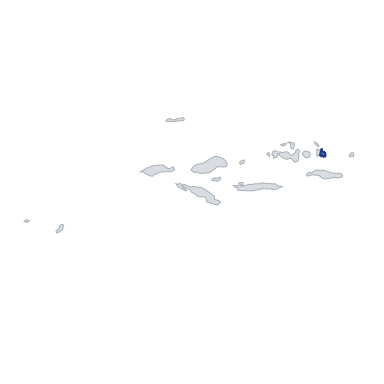 North Vella la Vella, Western, Solomon Islands (highlighted), rotated 145°
{"feature_id": "97153195B19966779892851", "entity_name": "North Vella la Vella", "entity_type": "district", "adm_level": 2, "iso_a3": "SLB", "parent_name": "Solomon Islands", "parent_adm1": "Western", "projection": "orthographic", "projection_center": [156.59, -7.704], "detail": "fine", "context": "in_parent", "style": "filled", "palette": "blue", "viewbox_px": 384, "rotation_deg": 145, "n_neighbors": 0, "source": "geoboundaries", "source_scale": "gbopen_adm2", "svg_char_len": 6244}
<svg xmlns="http://www.w3.org/2000/svg" viewBox="0 0 384 384"><g transform="rotate(145 192 192)"><path d="M150.7,193.6L156.8,198.2L159.4,197.8L167.4,197.9L172.1,201.2L174.9,202.7L176.4,205.6L178.4,206.3L179.5,207.8L180.2,210.5L177.2,211.9L175.4,212.3L170.8,211.3L166.4,209.2L157.6,208.8L153.5,208.2L152.0,207.4L150.7,206.4L148.7,203.8L147.1,200.9L146.8,199.1L146.7,195.8L147.3,194.6L148.9,193.5L150.7,193.6ZM178.7,166.8L185.5,175.3L185.3,176.8L184.3,177.7L184.0,180.5L184.9,181.6L186.7,182.1L189.9,185.2L191.2,190.0L192.5,191.7L192.5,195.2L195.5,200.1L195.7,202.5L195.4,203.5L194.2,202.9L190.6,197.3L186.5,194.9L186.1,193.9L181.9,190.6L179.2,185.1L176.2,175.4L177.7,173.2L174.3,168.4L174.5,167.2L176.9,167.4L177.4,166.9L178.7,166.8ZM153.7,170.8L154.5,173.5L150.8,171.1L148.0,168.2L139.9,165.0L138.2,163.4L136.7,163.2L132.6,160.5L128.5,158.7L125.4,155.5L123.9,155.0L121.4,152.4L118.9,150.8L118.0,147.7L115.6,145.6L115.0,144.7L122.8,146.4L126.3,149.8L129.4,151.7L130.4,153.0L133.2,154.9L135.6,155.1L138.1,157.0L140.4,157.5L142.1,158.5L153.5,167.0L152.1,169.2L153.7,170.8ZM204.7,225.5L208.2,227.2L210.2,226.9L213.2,228.1L215.5,227.5L216.9,229.0L220.3,234.8L220.3,236.6L222.7,238.0L220.7,238.2L217.9,237.5L215.8,237.9L213.6,236.8L209.8,236.2L206.6,234.8L199.8,230.5L199.8,228.4L198.7,227.3L198.4,224.7L196.0,223.8L193.1,223.6L192.9,222.4L193.5,220.2L195.6,220.3L198.2,221.2L204.7,225.5ZM88.0,138.6L88.8,139.6L86.7,141.3L83.8,140.3L83.1,138.9L81.2,139.2L77.2,138.4L71.7,134.3L65.9,126.7L60.2,122.5L59.2,121.2L59.1,119.1L59.8,118.2L63.3,119.1L67.8,122.6L75.2,126.2L77.2,128.1L78.5,132.5L79.8,133.8L83.7,137.2L88.0,138.6ZM95.6,164.3L97.4,166.6L99.4,171.7L99.0,173.5L97.5,173.6L97.1,174.7L95.2,172.2L92.6,171.5L90.7,170.0L89.9,165.1L88.4,164.7L84.1,165.2L82.8,166.8L80.8,166.3L80.4,164.8L80.7,163.4L83.3,162.0L83.8,160.2L86.4,157.0L88.0,156.5L91.0,157.6L91.4,162.1L92.5,163.6L95.6,164.3ZM172.7,264.8L170.8,265.8L169.1,265.3L167.7,264.5L166.7,262.4L164.4,261.0L161.0,260.4L159.3,259.0L157.1,258.6L156.4,257.4L156.6,256.2L157.0,255.5L159.1,256.1L169.3,261.9L172.7,264.8ZM65.6,155.2L65.1,155.6L64.2,154.1L63.5,153.6L63.5,151.9L60.7,149.2L60.5,147.3L62.1,145.4L64.3,146.5L66.5,148.8L69.0,149.6L68.5,151.2L66.2,154.0L65.6,155.2ZM79.7,159.7L78.5,160.9L75.5,160.7L73.2,157.8L73.2,155.7L75.0,153.7L77.2,153.4L78.4,154.1L79.5,155.8L79.9,157.9L79.7,159.7ZM105.2,176.8L102.4,179.0L100.4,178.2L98.8,176.3L99.6,173.4L101.3,172.8L102.1,171.8L105.1,172.6L105.9,173.2L104.1,174.6L105.0,175.7L105.2,176.8ZM325.8,238.0L321.3,238.5L319.5,240.5L317.2,240.2L316.4,238.6L316.4,237.8L317.7,237.9L318.4,236.3L319.8,235.5L322.9,235.2L326.6,236.2L325.7,237.7L325.8,238.0ZM200.4,204.0L200.5,208.1L198.5,205.8L197.5,206.6L196.6,205.5L196.9,200.8L195.5,196.3L196.6,196.7L200.4,204.0ZM85.1,177.5L85.1,177.9L83.6,177.2L80.2,173.3L80.8,172.1L83.9,169.6L84.9,169.3L85.8,170.8L85.0,173.1L84.0,173.6L83.6,175.8L85.1,177.5ZM162.4,185.9L164.8,186.2L169.0,190.0L168.0,191.2L166.0,190.5L165.3,190.8L164.7,189.5L162.6,188.4L160.6,188.3L160.4,186.9L162.4,185.9ZM135.2,189.3L131.9,188.9L130.9,187.9L132.1,186.5L133.5,185.6L134.8,186.4L136.3,186.7L136.4,188.5L135.2,189.3ZM41.9,132.0L39.1,132.7L37.4,131.8L38.2,129.6L39.1,128.5L42.6,130.5L41.9,132.0ZM149.2,172.0L147.8,172.4L145.9,171.4L145.0,170.4L145.4,168.9L146.6,168.4L147.9,169.4L148.0,170.4L149.2,172.0ZM346.6,264.0L344.2,264.4L343.2,264.3L341.7,261.8L342.9,261.3L344.7,261.5L345.2,263.0L346.6,264.0ZM92.3,178.8L92.2,179.8L90.6,179.5L87.1,178.0L86.9,177.3L89.0,177.1L90.4,177.3L92.3,178.8ZM63.5,160.1L62.9,162.9L61.5,159.5L61.8,156.6L62.4,156.3L63.5,160.1ZM109.2,180.0L107.1,180.8L106.5,179.6L108.0,176.6L109.2,180.0Z" fill="#d9dde1" stroke="#a8b0b8" stroke-width="1"/><path d="M66.2,149.1L66.1,148.9L66.0,148.7L65.9,148.7L65.7,148.7L65.8,148.6L65.8,148.4L65.7,148.4L65.4,148.4L65.2,148.3L65.3,148.2L65.2,148.2L65.3,148.1L65.2,148.1L65.3,148.0L65.5,148.0L65.4,147.9L65.2,147.9L65.3,147.8L65.4,147.7L65.2,147.6L65.1,147.4L65.2,147.2L64.9,147.1L64.7,147.2L64.7,146.9L64.8,146.8L64.7,146.8L64.8,146.8L64.8,146.7L64.7,146.7L64.4,146.7L64.2,146.6L64.2,146.4L64.1,146.5L64.1,146.3L64.1,146.2L64.0,145.9L64.0,146.0L63.9,146.0L63.9,145.9L63.8,146.0L63.8,145.9L63.8,145.7L63.8,145.8L63.8,145.7L63.7,145.7L63.7,145.8L63.6,145.7L63.8,145.4L63.7,145.4L63.5,145.2L63.5,145.3L63.5,145.5L63.4,145.4L63.5,145.3L63.4,145.2L63.4,145.3L63.4,145.5L63.5,145.8L63.4,145.8L63.4,145.7L63.3,145.4L63.2,145.5L63.2,145.4L63.3,145.3L63.3,145.2L63.2,145.1L63.1,145.3L63.1,145.2L63.1,145.3L63.1,145.2L62.9,145.2L63.0,145.2L63.0,145.3L62.8,145.3L62.8,145.2L62.7,145.2L62.7,145.3L62.5,145.2L62.5,145.3L62.4,145.3L62.5,145.4L62.4,145.4L62.3,145.5L62.2,145.4L62.1,145.5L62.1,145.4L62.0,145.5L61.9,145.6L62.0,145.7L62.0,145.8L61.9,145.8L61.8,145.7L61.7,145.6L61.7,145.8L61.7,145.7L61.6,145.8L61.6,145.7L61.6,145.9L61.5,146.0L61.4,146.0L61.3,145.9L61.2,145.9L61.1,146.1L61.1,146.3L61.0,146.2L60.9,146.3L60.8,146.5L60.7,146.5L60.5,146.9L60.5,147.0L60.4,147.3L60.5,147.3L60.4,147.4L60.4,147.6L60.5,147.7L60.5,147.8L60.5,148.0L60.6,148.3L60.4,148.3L60.5,148.3L60.4,148.4L60.4,148.5L60.5,148.5L60.6,148.8L60.6,149.0L60.8,149.2L61.3,148.9L61.4,149.0L61.4,149.3L61.4,149.2L61.4,149.3L61.3,149.5L61.3,149.8L61.6,150.1L61.8,150.2L61.8,150.3L62.0,150.4L62.3,150.4L62.2,150.3L62.2,150.2L62.3,150.2L62.4,150.3L62.5,150.3L62.7,150.2L62.7,150.3L62.5,150.6L62.5,150.8L62.5,151.0L62.4,151.1L62.5,151.1L62.7,150.9L62.7,151.0L62.9,151.2L63.0,151.1L63.0,151.3L63.1,151.2L63.2,151.3L63.3,151.5L66.2,149.1ZM62.2,152.5L62.2,152.3L62.0,152.2L62.0,151.9L61.9,151.9L61.7,151.8L61.8,151.8L61.7,151.8L61.6,151.7L61.6,151.8L61.5,151.7L61.5,151.8L61.4,151.8L61.5,151.7L61.3,151.6L61.2,151.7L61.1,151.9L61.0,152.0L60.9,152.2L60.7,152.4L60.7,152.5L61.0,153.0L61.3,153.0L61.7,153.1L62.0,152.9L62.1,152.7L62.2,152.5ZM62.4,151.3L62.3,151.2L62.1,151.2L62.1,151.3L62.1,151.5L62.4,151.5L62.4,151.3ZM66.1,148.5L66.1,148.4L66.0,148.5L65.9,148.5L66.0,148.6L66.1,148.5ZM62.4,150.4L62.4,150.5L62.4,150.4ZM65.9,148.3L65.7,148.3L65.9,148.3L65.9,148.3ZM64.3,146.3L64.2,146.3L64.3,146.3ZM62.3,145.3L62.2,145.4L62.3,145.4L62.3,145.3ZM62.2,152.3L62.2,152.2L62.1,152.3L62.2,152.3ZM63.5,145.2L63.4,145.1L63.5,145.2ZM62.8,145.1L62.7,145.1L62.8,145.1L62.8,145.1Z" fill="#3b82f6" stroke="#1e3a8a" stroke-width="1.5"/></g></svg>